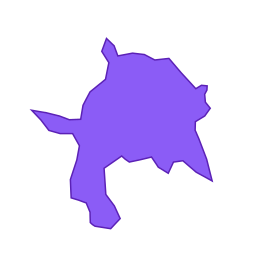 map outline of Ağdam (Equal Earth projection), rotated 74°
{"feature_id": "AZE-1691", "entity_name": "Ağdam", "entity_type": "District", "adm_level": 1, "iso_a3": "AZE", "parent_name": "Azerbaijan", "parent_adm1": "", "projection": "equal_earth", "projection_center": [47.008, 40.009], "detail": "fine", "context": "isolated", "style": "filled", "palette": "violet", "viewbox_px": 256, "rotation_deg": 74, "n_neighbors": 0, "source": "natural_earth", "source_scale": "10m", "svg_char_len": 1056}
<svg xmlns="http://www.w3.org/2000/svg" viewBox="0 0 256 256"><g transform="rotate(74 128 128)"><path d="M47.1,132.1L36.0,124.0L42.6,120.2L45.1,118.7L55.9,117.9L57.3,103.0L61.9,92.0L70.0,83.5L72.4,69.5L75.4,68.1L77.4,67.2L89.3,61.8L108.9,52.0L107.2,45.6L109.3,40.3L109.6,40.4L113.3,41.7L116.7,45.0L124.5,46.5L131.7,43.5L137.6,50.9L140.5,61.5L148.7,64.1L152.0,63.6L152.4,63.6L157.5,62.9L179.7,61.0L202.1,61.7L189.2,74.7L174.6,84.3L173.3,93.7L182.6,101.8L174.0,109.7L172.0,110.3L171.0,110.6L162.4,113.4L161.9,124.7L161.1,136.1L157.2,139.3L153.2,141.8L160.1,162.1L185.6,167.6L185.8,167.6L199.1,162.6L212.9,160.5L220.0,172.4L213.3,186.8L211.0,188.8L208.5,190.3L203.8,189.1L198.5,187.7L190.4,188.6L188.5,188.8L187.4,190.4L185.4,193.1L183.7,195.4L179.5,201.9L161.7,197.6L144.6,186.0L131.7,179.6L118.1,182.8L114.7,194.7L108.5,204.7L96.3,209.5L84.4,215.7L90.0,204.1L90.5,202.9L96.6,192.3L97.5,190.7L103.9,182.1L106.6,171.1L93.8,165.0L88.8,160.3L82.8,154.5L80.9,150.0L75.0,136.2L59.9,128.4L47.1,132.1Z" fill="#8b5cf6" stroke="#5b21b6" stroke-width="1.5"/></g></svg>